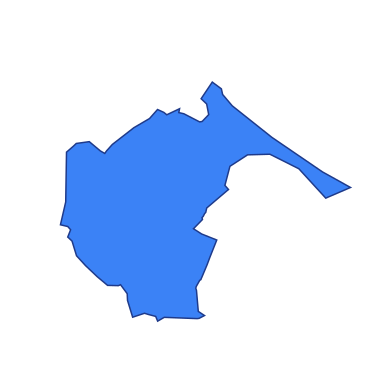 outline of Queens, New York, United States of America, rotated 234°
{"feature_id": "52423323B86897144494159", "entity_name": "Queens", "entity_type": "district", "adm_level": 2, "iso_a3": "USA", "parent_name": "United States of America", "parent_adm1": "New York", "projection": "robinson", "projection_center": [-73.836, 40.674], "detail": "fine", "context": "isolated", "style": "filled", "palette": "blue", "viewbox_px": 384, "rotation_deg": 234, "n_neighbors": 0, "source": "geoboundaries", "source_scale": "gbopen_adm2", "svg_char_len": 1094}
<svg xmlns="http://www.w3.org/2000/svg" viewBox="0 0 384 384"><g transform="rotate(234 192 192)"><path d="M125.6,70.4L121.8,82.3L118.6,84.7L112.7,89.5L107.7,88.3L106.9,95.9L86.5,121.8L85.6,123.5L84.7,129.5L91.7,126.9L109.8,137.8L111.9,138.5L113.0,139.8L116.0,146.3L115.9,147.7L116.9,149.2L117.2,149.8L124.3,161.5L128.6,168.0L138.6,183.8L152.4,175.1L161.4,171.6L163.6,184.3L165.4,185.1L165.7,186.8L167.1,189.5L167.4,191.1L170.4,194.5L172.6,223.0L178.0,222.5L190.5,237.8L189.4,258.8L176.8,277.2L148.0,292.1L108.4,296.6L107.9,299.0L102.5,322.9L131.5,309.4L189.4,288.7L238.1,275.2L252.9,274.1L258.2,276.4L269.0,273.0L262.1,254.2L254.6,255.6L244.8,251.0L243.1,241.7L244.2,239.4L260.1,231.4L264.0,228.0L266.7,230.9L269.3,217.0L273.0,216.0L279.0,212.6L276.4,200.8L278.2,182.9L277.3,155.5L275.5,147.1L274.5,144.1L279.1,142.0L293.1,138.5L299.3,126.9L298.8,123.2L298.0,113.9L258.2,84.0L242.8,66.3L237.1,71.2L232.8,71.6L228.6,65.0L222.8,66.1L208.3,61.1L195.0,62.6L179.4,65.5L166.1,68.8L159.5,77.4L159.0,79.7L147.8,79.8L142.2,76.1L125.6,70.4Z" fill="#3b82f6" stroke="#1e3a8a" stroke-width="1.5"/></g></svg>